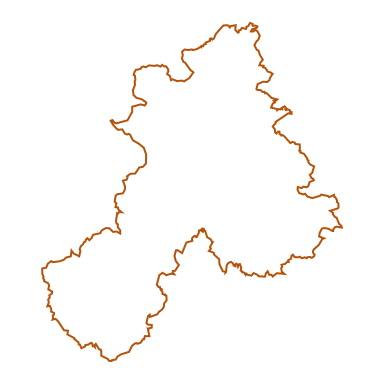 outline of Atenguillo, Jalisco, Mexico
{"feature_id": "50627088B60937444103657", "entity_name": "Atenguillo", "entity_type": "district", "adm_level": 2, "iso_a3": "MEX", "parent_name": "Mexico", "parent_adm1": "Jalisco", "projection": "albers", "projection_center": [-104.544, 20.339], "detail": "fine", "context": "isolated", "style": "outline", "palette": "amber", "viewbox_px": 384, "rotation_deg": 0, "n_neighbors": 0, "source": "geoboundaries", "source_scale": "gbopen_adm2", "svg_char_len": 5944}
<svg xmlns="http://www.w3.org/2000/svg" viewBox="0 0 384 384"><path d="M334.0,194.9L329.2,197.2L328.0,196.0L321.1,194.6L319.9,195.9L312.2,198.1L307.5,196.6L305.0,193.7L303.0,194.4L299.2,193.1L297.5,189.6L297.8,187.0L301.6,188.1L303.1,186.7L306.7,187.2L308.2,186.3L309.6,182.1L313.8,180.2L313.3,178.8L311.4,178.1L309.9,174.7L312.2,172.9L314.1,166.3L310.1,164.5L308.3,162.2L308.5,160.5L307.3,159.7L307.3,158.6L304.0,153.8L300.3,152.5L300.6,151.2L299.2,150.6L299.9,149.1L299.7,144.4L295.4,144.1L294.7,142.6L292.3,141.9L290.4,143.1L284.2,136.2L282.3,135.0L281.3,135.5L280.8,134.5L279.7,134.2L279.4,131.6L277.9,131.7L276.5,133.5L275.1,132.4L274.8,129.1L272.7,126.5L275.8,122.8L275.6,121.9L288.3,113.3L291.5,113.9L291.6,112.1L290.1,111.8L289.7,110.1L289.0,109.8L287.7,109.4L286.0,110.2L285.2,109.2L286.2,108.1L284.6,106.3L282.2,107.6L282.3,109.3L280.9,108.6L280.3,109.4L278.3,109.1L277.1,110.3L276.5,108.9L271.1,107.6L272.8,103.5L274.9,102.4L273.8,100.8L275.8,100.7L277.3,99.4L271.6,98.0L266.8,93.2L265.0,93.3L264.5,91.8L262.6,92.0L260.6,90.1L257.4,90.0L256.4,88.9L257.7,84.1L263.2,81.7L267.2,82.0L269.4,80.2L270.2,77.6L272.5,74.0L271.8,73.9L271.5,72.8L267.7,71.5L265.2,67.8L263.1,67.3L263.6,65.8L259.4,65.3L260.6,62.4L262.8,59.8L259.8,54.7L258.5,50.6L256.8,49.8L254.4,45.2L256.3,41.6L258.4,39.5L259.8,35.6L257.1,30.8L255.2,30.1L253.0,31.6L250.9,31.4L252.1,29.3L256.9,27.7L257.4,26.5L255.3,25.6L252.6,25.8L252.6,23.9L250.0,23.0L248.3,26.0L246.5,26.9L246.0,28.9L241.9,27.9L240.6,30.0L238.9,30.4L238.7,32.3L238.0,32.7L235.3,29.9L235.7,25.2L230.4,26.2L229.8,27.4L228.5,25.7L226.9,25.2L223.3,25.5L216.1,33.6L213.8,38.6L212.3,39.6L211.0,38.3L209.8,39.2L210.2,40.8L205.6,42.6L205.7,44.2L203.6,44.5L203.0,46.3L201.5,45.9L201.1,47.1L200.7,46.7L197.2,49.0L192.9,50.1L191.9,49.4L188.5,50.0L184.6,49.5L182.1,51.6L182.8,55.4L181.9,58.3L183.4,61.8L185.1,62.6L190.4,70.0L193.4,72.3L189.4,78.0L184.1,81.4L181.8,80.6L177.0,81.1L172.7,79.3L171.1,80.2L169.9,76.0L167.1,74.0L168.4,71.1L168.1,69.2L166.1,66.3L164.1,66.4L162.1,64.9L160.5,66.6L157.0,65.2L154.9,65.9L149.1,65.4L145.6,67.3L143.4,66.5L141.6,67.1L141.1,68.4L139.6,69.2L135.9,69.8L134.5,72.0L133.7,75.0L134.9,75.6L135.4,80.0L134.6,81.5L135.1,84.6L132.9,90.2L133.6,95.1L136.5,97.9L141.3,99.1L146.0,102.2L146.3,103.3L144.8,105.5L140.7,104.4L132.2,106.7L132.2,111.9L127.5,120.3L116.3,123.4L114.3,122.6L112.5,120.1L110.7,120.7L113.0,124.7L116.6,128.7L118.2,129.8L122.3,129.4L124.9,133.6L127.2,134.5L128.7,133.9L130.1,134.7L132.9,140.3L138.8,143.7L143.8,147.8L146.2,154.7L145.9,163.6L142.9,166.8L139.2,167.5L135.3,173.5L130.3,173.8L127.0,176.3L127.6,177.2L126.6,179.7L122.9,180.7L124.9,186.1L125.2,188.1L124.5,190.5L122.8,193.4L117.3,194.2L115.6,195.9L114.7,201.8L116.4,203.3L115.5,207.2L117.9,207.4L118.3,209.5L121.6,212.2L119.2,211.9L118.0,213.6L117.2,213.1L116.0,220.8L116.5,223.5L117.9,224.4L117.7,227.0L120.2,230.3L120.2,233.5L116.6,231.5L113.1,231.9L109.4,228.3L105.8,228.1L101.8,230.3L100.2,233.2L93.1,234.8L91.5,238.1L89.4,240.2L87.3,238.2L85.8,239.8L85.4,241.6L83.9,242.2L83.2,244.0L80.9,246.2L79.6,249.2L80.4,250.8L79.2,256.3L73.5,253.4L71.5,250.6L70.8,256.4L66.2,257.5L63.8,259.8L59.5,261.3L52.8,262.2L51.3,261.1L47.8,263.7L46.2,267.7L42.2,268.5L42.3,273.9L43.6,276.9L43.1,278.2L44.2,279.7L44.0,281.0L48.3,283.4L49.1,285.6L48.3,289.4L52.2,291.6L52.0,293.4L49.3,295.3L49.8,297.4L48.2,299.4L48.8,302.5L47.4,306.3L49.8,305.8L51.3,309.1L51.1,311.6L54.0,312.9L53.9,314.5L52.7,315.5L53.2,318.3L52.6,319.6L55.6,318.9L58.0,321.2L64.1,330.3L67.9,330.7L67.4,334.4L74.3,338.1L74.2,338.9L78.5,342.4L78.7,344.4L79.9,344.6L81.5,348.2L85.1,346.4L85.4,345.1L88.5,344.5L91.0,342.8L92.2,343.5L92.7,346.3L93.9,345.9L94.8,346.9L94.5,345.2L95.8,343.9L99.2,349.4L100.7,349.6L101.2,350.6L101.3,355.7L107.7,358.9L109.0,360.8L111.7,361.0L112.0,360.2L115.8,359.5L117.5,356.5L121.1,354.3L129.0,351.9L132.1,345.7L135.1,343.4L136.5,343.1L137.5,343.8L140.9,342.5L142.7,339.4L144.1,339.2L144.8,336.1L149.4,336.1L148.0,329.5L148.4,329.9L149.2,328.1L151.7,327.7L151.8,325.0L147.9,324.6L146.4,323.1L148.0,316.2L149.7,314.7L150.0,316.9L157.3,314.3L158.8,311.9L161.7,309.9L163.8,307.1L164.2,303.4L166.6,300.3L166.4,295.7L164.7,295.0L164.9,294.5L162.5,294.0L162.4,291.7L160.9,290.1L161.8,289.3L160.2,288.5L160.0,287.1L158.5,287.0L156.8,284.8L159.3,275.2L162.6,272.8L166.3,275.2L171.1,273.7L174.2,274.3L172.7,272.4L172.8,271.0L175.1,270.8L178.9,265.0L175.8,261.0L174.5,256.0L176.1,249.8L176.0,251.2L176.3,250.3L177.6,250.2L182.1,253.1L186.4,242.5L192.3,240.9L192.0,238.4L193.8,236.3L195.1,235.9L196.3,237.2L197.0,236.7L198.9,232.5L198.9,230.5L201.2,229.9L202.1,228.7L203.7,228.7L204.0,229.5L202.6,229.6L201.5,230.9L202.7,231.7L202.8,230.6L205.1,230.9L207.2,237.2L210.9,239.5L211.9,241.8L212.8,242.0L210.4,246.3L210.1,247.4L210.9,248.6L208.9,251.0L213.8,252.7L214.1,254.6L219.2,259.3L219.4,264.0L222.7,271.2L225.6,271.9L225.5,272.6L226.0,272.1L226.7,265.4L228.0,263.3L230.9,261.8L232.9,263.3L233.7,265.6L235.2,266.2L235.0,264.6L236.2,263.7L237.0,264.1L237.9,266.8L239.0,264.3L239.9,264.1L241.2,267.6L240.7,270.7L242.1,271.3L242.3,272.4L244.0,272.5L245.6,274.9L246.2,273.6L247.8,274.9L251.4,275.6L253.6,273.1L257.3,274.7L258.8,276.3L265.1,276.6L265.8,273.5L267.7,271.3L269.2,274.8L271.5,274.8L272.7,276.5L276.9,273.2L284.3,273.9L281.8,271.7L281.2,268.2L282.2,266.9L281.5,264.8L285.2,263.9L286.8,262.2L288.7,261.9L288.1,260.4L291.1,258.6L291.4,256.0L292.7,255.3L292.4,254.0L294.6,257.0L297.9,257.4L299.9,256.7L302.0,258.3L304.6,257.3L306.6,258.3L307.2,257.3L310.0,256.9L311.7,257.9L314.0,256.4L314.6,254.5L313.4,253.5L312.9,251.4L313.7,249.5L318.9,244.9L322.1,239.2L324.0,238.3L319.1,236.5L319.7,232.9L321.9,228.6L324.1,228.1L328.5,228.7L332.4,231.0L333.2,231.0L333.2,229.5L335.0,227.2L336.5,226.7L341.8,227.6L341.4,225.9L339.0,223.7L336.6,217.6L335.1,217.1L332.8,214.1L333.0,212.8L330.1,210.8L337.9,208.4L338.6,207.1L338.3,203.2L336.8,201.9L337.1,200.5L335.4,197.3L334.3,196.9L334.0,194.9Z" fill="none" stroke="#b45309" stroke-width="2"/></svg>